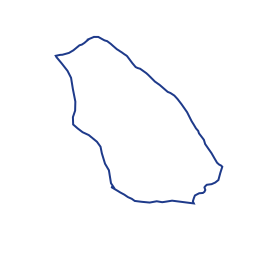 Mayo-Binder, Mayo-Kebbi Ouest, Chad, rotated 42°
{"feature_id": "50815135B24188788926450", "entity_name": "Mayo-Binder", "entity_type": "district", "adm_level": 2, "iso_a3": "TCD", "parent_name": "Chad", "parent_adm1": "Mayo-Kebbi Ouest", "projection": "mercator", "projection_center": [14.472, 9.854], "detail": "fine", "context": "isolated", "style": "outline", "palette": "blue", "viewbox_px": 256, "rotation_deg": 42, "n_neighbors": 0, "source": "geoboundaries", "source_scale": "gbopen_adm2", "svg_char_len": 1582}
<svg xmlns="http://www.w3.org/2000/svg" viewBox="0 0 256 256"><g transform="rotate(42 128 128)"><path d="M224.0,93.7L222.4,93.6L220.9,94.0L220.2,94.2L218.9,94.2L217.4,94.2L212.6,92.7L210.2,91.9L206.8,90.8L201.6,89.6L196.1,88.3L192.3,86.0L188.2,85.2L184.4,84.5L183.1,83.8L182.1,83.2L178.8,82.8L174.3,81.4L170.8,80.4L161.3,76.7L160.4,76.5L151.8,74.5L146.3,73.5L146.1,73.4L145.8,73.4L144.2,73.2L140.7,72.9L136.1,73.6L133.3,74.6L127.9,74.7L122.9,74.8L117.7,75.4L117.1,75.5L113.4,75.3L107.3,75.0L104.9,75.0L98.7,75.7L97.2,75.9L96.9,76.1L96.0,76.5L95.0,77.0L92.9,77.6L87.8,76.9L85.8,76.5L84.3,76.2L79.2,75.2L77.8,75.3L76.1,75.6L72.4,76.0L70.8,76.3L69.2,76.5L67.0,76.9L62.2,77.0L59.0,77.0L54.4,77.4L51.9,78.6L49.8,79.1L45.0,80.2L44.0,81.1L43.1,81.9L42.1,82.8L41.8,83.0L39.1,88.8L39.4,88.8L38.9,92.0L38.7,93.8L37.9,96.9L36.6,99.0L35.4,107.0L35.2,107.5L33.9,111.7L30.2,117.5L28.6,119.1L26.0,122.7L27.4,123.2L35.7,124.4L44.8,126.0L52.1,128.8L60.8,135.8L71.2,143.6L77.1,150.5L79.8,156.8L84.9,162.1L90.8,162.0L97.1,161.5L103.6,159.5L114.1,159.0L120.1,160.3L125.5,164.3L134.8,169.9L142.1,172.2L152.3,180.4L156.9,181.6L155.0,183.1L163.0,181.5L165.3,181.1L169.8,180.0L174.2,179.4L178.2,178.1L181.8,177.7L187.4,173.8L194.0,168.9L198.4,163.2L203.0,160.3L204.3,158.8L209.4,152.5L227.4,140.0L225.3,139.1L223.9,136.1L222.9,133.4L223.5,131.7L223.9,130.6L224.6,128.8L225.4,128.0L226.8,126.5L227.1,126.2L227.5,124.3L226.9,122.3L225.1,121.3L224.5,120.9L224.4,118.9L224.6,117.4L227.7,113.8L228.5,112.0L229.3,110.2L230.0,106.2L226.6,99.5L224.0,93.7Z" fill="none" stroke="#1e3a8a" stroke-width="2"/></g></svg>